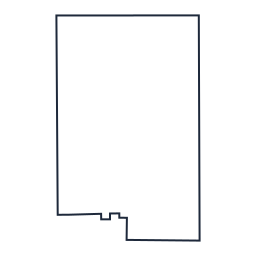 outline of Duval, Texas, United States of America
{"feature_id": "52423323B38482742195031", "entity_name": "Duval", "entity_type": "district", "adm_level": 2, "iso_a3": "USA", "parent_name": "United States of America", "parent_adm1": "Texas", "projection": "mercator", "projection_center": [-98.531, 27.66], "detail": "fine", "context": "isolated", "style": "outline", "palette": "slate", "viewbox_px": 256, "rotation_deg": 0, "n_neighbors": 0, "source": "geoboundaries", "source_scale": "gbopen_adm2", "svg_char_len": 300}
<svg xmlns="http://www.w3.org/2000/svg" viewBox="0 0 256 256"><path d="M198.8,15.4L174.0,15.4L56.4,15.5L57.7,214.8L69.6,214.7L101.1,213.8L101.2,219.3L110.0,219.3L110.0,213.5L119.3,213.4L119.3,217.7L126.9,217.8L126.6,239.9L199.6,240.6L198.8,15.4Z" fill="none" stroke="#1e293b" stroke-width="2"/></svg>